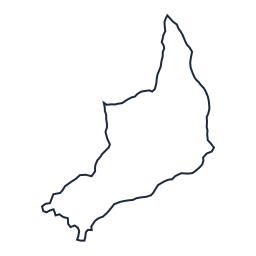 Valentim Gentil, São Paulo, Brazil
{"feature_id": "56859067B94354005773824", "entity_name": "Valentim Gentil", "entity_type": "district", "adm_level": 2, "iso_a3": "BRA", "parent_name": "Brazil", "parent_adm1": "São Paulo", "projection": "albers", "projection_center": [-50.11, -20.408], "detail": "fine", "context": "isolated", "style": "outline", "palette": "slate", "viewbox_px": 256, "rotation_deg": 0, "n_neighbors": 0, "source": "geoboundaries", "source_scale": "gbopen_adm2", "svg_char_len": 1930}
<svg xmlns="http://www.w3.org/2000/svg" viewBox="0 0 256 256"><path d="M91.7,230.1L91.3,226.6L93.2,223.5L95.2,220.7L98.7,218.2L102.9,216.6L107.0,213.0L109.9,209.6L114.3,204.1L117.2,203.1L120.0,201.9L124.4,201.0L128.0,200.4L133.1,199.9L136.2,198.3L140.2,197.5L146.2,196.8L150.9,195.3L153.1,193.0L155.0,189.9L158.0,185.1L160.8,183.4L165.1,181.0L168.5,179.7L172.2,179.2L175.0,176.3L178.2,174.6L181.4,173.2L185.6,173.5L189.5,173.5L192.6,173.0L196.0,170.5L199.6,167.4L202.2,164.6L203.4,160.7L203.1,157.5L206.6,153.6L211.7,151.5L214.0,147.6L210.2,142.7L207.8,140.3L207.2,134.4L207.5,130.5L206.7,127.2L207.0,121.5L206.7,117.1L208.3,113.5L209.4,108.6L209.2,105.3L208.8,100.9L207.8,96.5L205.9,91.8L203.9,88.2L200.9,85.1L198.7,82.1L196.2,79.8L194.4,77.2L192.4,72.5L190.6,67.4L190.2,62.7L190.7,58.5L192.1,51.8L189.7,47.7L186.8,44.5L185.2,41.2L182.8,35.4L180.4,31.1L178.3,28.3L176.9,24.5L173.3,22.0L167.3,15.4L165.7,18.6L164.5,22.0L164.8,27.2L165.3,31.1L163.4,35.0L162.6,39.0L161.7,42.0L163.6,45.4L164.2,48.5L162.8,51.9L162.7,56.6L161.5,60.9L160.7,66.7L158.6,71.8L157.5,74.6L156.8,78.2L156.4,82.7L155.6,86.4L154.7,89.3L152.1,91.5L149.2,90.4L144.8,91.0L141.3,91.6L137.3,94.0L135.0,96.5L131.7,97.4L127.4,99.6L124.8,101.3L122.2,103.1L117.6,103.8L114.6,104.5L111.4,104.3L106.7,104.8L103.8,102.8L104.8,107.5L104.8,110.7L106.2,114.9L106.2,119.0L106.9,123.6L107.0,127.2L105.5,131.9L107.3,138.8L109.9,144.3L108.8,147.4L105.9,150.3L101.9,154.3L100.4,156.8L97.3,160.4L95.4,164.9L95.0,168.1L95.1,171.3L91.6,176.2L85.8,174.8L79.9,175.1L76.3,178.5L72.6,180.9L69.4,183.1L64.8,186.4L62.6,190.3L60.0,193.0L53.5,194.2L52.2,197.2L50.0,203.1L45.3,203.9L42.0,206.5L43.3,211.1L46.5,212.3L49.8,210.5L53.5,209.3L54.7,212.4L55.6,215.4L59.4,214.3L63.1,217.0L67.8,218.2L68.2,224.0L70.5,227.1L74.7,225.5L77.9,227.8L79.2,231.0L78.4,235.7L77.1,239.7L80.3,240.6L84.4,240.6L85.2,237.4L85.9,232.2L88.0,229.8L91.7,230.1Z" fill="none" stroke="#1e293b" stroke-width="2"/></svg>